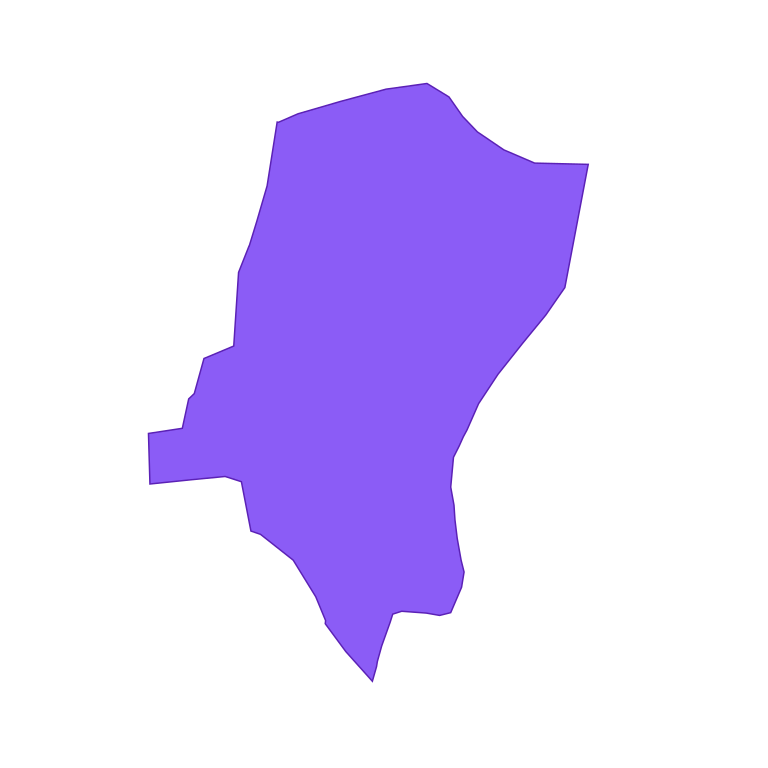 Ekiti East, Ekiti, Nigeria, rotated 346°
{"feature_id": "59680162B97170897047692", "entity_name": "Ekiti East", "entity_type": "district", "adm_level": 2, "iso_a3": "NGA", "parent_name": "Nigeria", "parent_adm1": "Ekiti", "projection": "natural_earth1", "projection_center": [5.672, 7.718], "detail": "fine", "context": "isolated", "style": "filled", "palette": "violet", "viewbox_px": 768, "rotation_deg": 346, "n_neighbors": 0, "source": "geoboundaries", "source_scale": "gbopen_adm2", "svg_char_len": 961}
<svg xmlns="http://www.w3.org/2000/svg" viewBox="0 0 768 768"><g transform="rotate(346 384 384)"><path d="M343.7,104.0L318.5,163.5L299.8,195.6L286.6,217.5L286.4,217.5L269.9,240.5L247.4,310.8L215.5,315.7L197.6,347.4L190.9,351.2L177.6,378.2L143.5,375.0L132.7,424.4L174.0,430.3L207.5,435.3L222.0,444.3L219.3,494.5L227.8,500.0L253.3,533.0L266.3,573.9L270.1,599.4L269.0,602.4L282.2,634.4L300.8,669.6L308.4,656.4L310.4,651.7L318.4,637.6L332.5,616.4L336.8,609.4L346.2,608.8L369.6,616.5L382.0,622.0L393.4,622.0L410.1,600.0L416.2,585.8L416.2,573.5L417.7,551.4L420.0,532.9L422.6,518.5L423.8,500.2L433.7,471.9L441.9,462.4L448.2,454.4L453.4,448.7L471.0,426.0L496.9,402.2L528.0,378.3L535.1,373.0L557.7,356.2L572.6,343.1L582.8,334.2L594.7,308.4L635.3,220.3L583.6,206.1L556.9,185.8L545.2,172.7L535.6,162.0L525.0,143.4L516.5,121.2L498.4,102.8L457.3,98.4L410.1,99.3L366.0,101.0L345.0,104.5L344.4,104.3L343.7,104.0Z" fill="#8b5cf6" stroke="#5b21b6" stroke-width="1.5"/></g></svg>